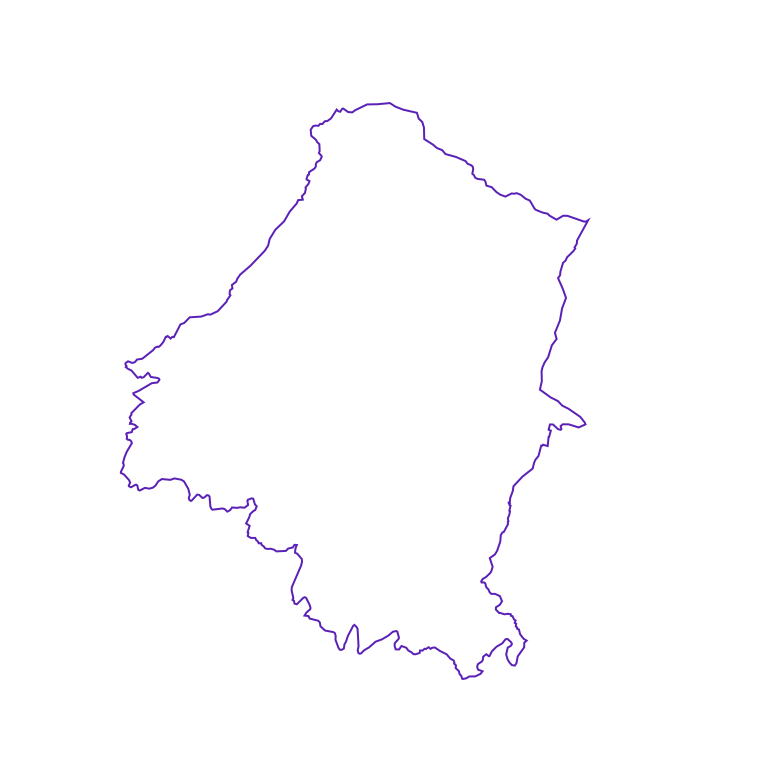 Phichai, Uttaradit, Thailand (Albers equal-area conic projection), rotated 296°
{"feature_id": "78962969B15647652968597", "entity_name": "Phichai", "entity_type": "district", "adm_level": 2, "iso_a3": "THA", "parent_name": "Thailand", "parent_adm1": "Uttaradit", "projection": "albers", "projection_center": [100.068, 17.291], "detail": "fine", "context": "isolated", "style": "outline", "palette": "violet", "viewbox_px": 768, "rotation_deg": 296, "n_neighbors": 0, "source": "geoboundaries", "source_scale": "gbopen_adm2", "svg_char_len": 6166}
<svg xmlns="http://www.w3.org/2000/svg" viewBox="0 0 768 768"><g transform="rotate(296 384 384)"><path d="M580.5,206.6L575.2,209.8L573.7,215.7L572.1,217.9L571.3,220.7L565.3,224.0L563.0,224.3L561.8,227.6L561.0,228.4L557.2,228.5L553.8,226.3L551.5,226.4L549.6,227.4L547.2,227.1L541.6,223.8L539.3,224.7L538.4,223.9L534.6,224.4L533.9,224.8L533.7,228.1L530.8,228.4L526.2,227.3L525.4,228.1L521.2,229.2L516.7,227.9L514.1,230.2L511.6,226.2L508.0,226.4L497.6,223.7L486.4,222.9L475.0,218.7L464.3,217.7L457.5,219.2L451.4,218.4L432.0,212.2L419.4,206.8L414.2,206.0L411.2,206.3L406.4,203.9L403.3,205.9L401.1,204.6L399.6,204.8L397.0,205.9L396.4,207.1L390.9,206.2L388.9,206.4L376.5,202.6L370.2,197.5L369.4,195.0L364.5,190.2L358.8,180.2L351.3,177.7L348.3,174.9L334.0,174.6L333.6,173.1L331.3,172.3L332.3,168.5L331.0,168.0L330.8,167.2L324.7,167.2L320.7,166.2L318.5,165.2L318.5,164.3L316.4,162.3L313.4,161.7L300.8,155.7L297.6,151.2L294.9,150.7L293.3,149.5L292.5,148.0L292.2,144.0L289.5,142.6L288.2,143.0L287.2,144.8L286.0,144.5L285.4,147.4L285.4,151.1L281.6,159.9L283.9,162.1L283.3,163.3L284.7,165.0L290.5,166.9L290.3,168.1L288.1,171.3L290.1,177.8L290.1,179.5L289.4,180.3L286.1,179.8L282.9,174.9L270.4,166.6L265.8,162.7L264.8,163.5L262.2,176.0L258.6,173.6L247.1,169.7L245.8,170.4L242.5,170.0L239.8,173.4L237.9,172.8L236.8,173.1L237.6,174.5L238.1,178.1L237.2,181.2L233.7,179.0L233.2,177.9L230.2,178.4L227.1,174.4L226.2,174.2L224.4,176.0L221.9,176.8L221.6,178.5L222.3,179.7L221.8,181.8L220.3,183.3L210.3,182.5L204.2,182.9L198.6,184.0L197.9,185.1L196.3,186.0L189.7,186.0L188.7,186.5L188.7,190.0L186.0,196.7L184.2,199.0L180.6,199.2L180.2,200.0L180.3,201.9L184.5,204.8L184.9,205.8L184.6,206.8L181.2,209.5L181.2,211.2L185.8,214.6L187.1,219.0L189.5,221.7L192.6,223.2L197.3,223.7L201.2,226.0L204.2,234.0L207.3,237.1L209.1,243.8L208.8,246.9L204.0,254.0L199.3,258.0L195.9,258.5L194.5,259.9L194.2,261.6L194.8,262.2L202.7,264.6L203.3,266.5L202.0,270.9L203.0,272.1L206.5,273.6L206.9,275.4L206.3,276.6L197.8,281.6L196.2,283.6L195.8,284.9L201.4,293.5L201.7,295.8L200.6,299.1L203.0,300.9L206.4,301.6L208.3,306.3L210.2,308.9L211.6,312.8L215.6,314.9L219.2,312.4L220.2,312.4L223.1,315.0L223.6,316.7L219.2,320.8L218.3,323.2L214.2,323.5L212.6,322.3L208.4,320.7L205.1,321.3L198.2,321.2L197.6,325.4L191.0,326.4L190.9,327.2L187.6,328.2L187.3,331.7L189.2,335.8L187.7,337.5L187.3,339.4L185.9,341.2L187.1,343.4L185.8,344.4L185.3,347.2L184.2,348.9L184.5,351.2L186.3,354.5L186.9,358.0L186.4,360.7L191.0,369.0L194.1,370.0L197.0,373.6L200.2,374.1L201.1,376.2L197.6,376.5L193.4,377.9L193.4,380.5L190.7,386.8L188.5,388.2L184.4,389.1L160.9,390.2L157.9,391.5L151.8,396.4L149.8,396.4L149.7,398.1L147.4,399.8L147.8,402.2L156.4,405.2L157.6,406.2L157.6,407.8L152.7,414.2L150.4,416.2L149.1,416.4L144.7,414.5L141.0,414.1L142.3,417.9L140.6,420.0L142.4,428.7L141.6,430.8L138.4,433.1L136.6,439.1L138.8,447.3L138.7,448.8L136.6,450.9L132.9,452.5L127.0,458.6L125.8,460.9L126.4,462.4L128.6,463.9L132.7,462.6L135.8,462.8L141.7,462.0L153.0,462.3L154.5,463.0L153.7,465.6L152.3,467.6L137.1,476.1L133.1,477.1L131.0,478.9L130.9,480.4L131.7,481.4L136.2,483.0L140.5,485.9L148.7,489.4L153.6,494.1L159.8,498.2L165.4,500.7L167.4,503.5L167.2,504.6L162.6,508.6L161.5,508.9L155.6,507.3L153.4,508.3L150.6,510.8L152.0,513.9L156.2,514.6L156.7,519.7L155.1,522.7L154.9,526.5L154.1,528.9L154.9,530.8L157.8,533.9L160.3,533.2L161.3,535.5L163.8,536.5L164.2,537.9L166.9,539.4L166.4,542.0L168.0,542.9L169.5,545.2L168.6,551.1L168.5,558.8L166.2,564.1L166.1,567.6L164.5,569.4L163.4,569.6L162.7,572.0L160.1,572.9L158.7,577.3L156.5,579.0L155.5,581.5L153.4,583.4L153.5,584.3L155.6,587.0L158.5,588.8L161.2,594.2L165.9,597.9L169.0,598.5L168.5,593.9L169.7,592.4L171.5,591.4L173.6,591.3L177.4,593.6L179.5,593.7L182.5,592.7L186.0,594.5L185.3,597.5L185.8,598.1L191.2,598.2L197.4,600.4L202.7,604.0L207.8,605.1L209.0,606.7L207.6,611.7L206.2,613.0L204.1,612.7L201.4,610.8L194.6,612.3L190.7,615.8L188.7,618.9L187.4,622.1L188.3,625.1L191.3,625.4L197.8,623.6L208.8,625.4L213.0,623.5L215.9,624.7L216.2,621.2L218.7,616.1L222.5,612.9L222.3,611.1L223.5,610.4L223.8,608.8L226.5,607.9L226.6,606.2L229.2,605.9L229.3,604.2L231.7,601.2L231.3,599.7L232.6,598.9L231.7,595.9L229.8,593.2L229.2,588.9L228.6,588.1L230.3,583.4L232.4,582.5L236.3,584.9L240.5,585.3L244.2,581.1L244.0,575.7L242.4,572.4L243.1,570.3L245.2,567.8L246.1,565.1L249.2,562.4L249.5,560.9L248.4,558.7L249.2,557.9L251.8,558.1L255.4,560.4L260.9,562.4L263.1,562.5L267.3,561.8L273.9,555.4L279.4,558.4L283.6,558.8L293.3,557.6L299.4,555.2L302.5,555.5L303.4,556.5L312.2,556.9L314.5,555.7L315.1,556.0L317.5,554.2L321.2,554.0L324.8,553.1L325.0,552.2L330.1,551.1L330.1,550.1L331.6,549.7L331.3,548.6L332.1,548.0L333.1,548.8L336.9,547.4L344.0,546.7L348.9,545.2L361.3,549.0L373.2,554.7L379.1,553.4L382.3,553.3L387.1,554.4L397.5,552.3L397.9,553.3L399.1,553.5L400.0,558.3L408.4,555.2L408.7,555.6L415.2,554.4L415.1,552.0L420.4,550.9L421.7,553.7L419.7,560.2L420.3,562.9L421.3,563.2L423.6,561.2L426.2,562.4L428.7,567.7L430.3,578.0L436.0,582.8L437.4,581.3L440.5,574.8L442.6,560.7L442.7,553.7L444.9,547.9L445.0,539.8L447.3,526.6L455.8,524.6L464.6,520.0L468.7,519.1L473.9,518.9L480.0,519.8L492.3,517.9L500.2,519.4L504.9,515.2L518.2,514.3L530.1,510.9L541.1,509.9L548.0,502.9L555.5,494.0L558.9,494.6L562.3,493.3L571.3,491.8L574.7,493.1L578.2,493.0L586.3,495.9L589.6,496.5L590.3,495.4L594.5,495.8L597.6,494.6L620.7,495.7L618.8,494.5L617.7,492.8L615.6,475.3L613.8,471.3L607.3,467.0L607.9,458.8L608.8,456.4L607.6,451.5L607.1,444.2L607.4,442.8L612.8,434.6L612.6,430.0L614.0,424.2L613.7,419.6L612.1,417.6L611.2,415.2L605.7,411.0L605.1,405.5L605.8,400.9L608.1,394.5L607.2,389.1L610.4,386.4L611.5,384.5L609.3,378.0L609.4,375.6L611.2,373.1L611.7,371.2L616.2,370.0L618.4,368.3L618.9,365.8L618.5,362.7L620.1,359.6L619.6,349.1L617.6,338.4L619.7,333.8L619.3,328.1L620.6,323.2L621.8,312.8L632.0,307.5L636.3,303.5L637.7,298.9L642.2,294.7L639.0,281.2L638.3,272.5L639.1,266.2L632.6,255.5L627.9,246.3L617.5,238.1L614.2,236.4L612.7,232.5L613.7,226.5L613.0,225.8L609.5,225.3L609.1,223.3L609.9,221.2L599.6,220.0L595.5,217.8L594.3,215.7L590.7,214.7L589.7,212.5L587.3,211.9L586.2,209.1L584.7,207.3L580.5,206.6Z" fill="none" stroke="#5b21b6" stroke-width="2"/></g></svg>